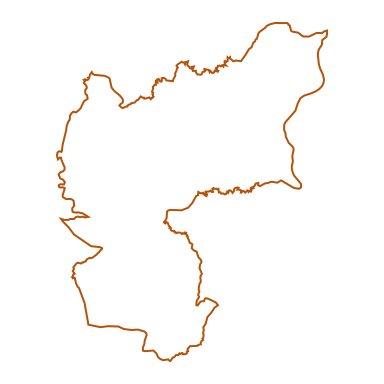 Atrato (Yuto), Chocó, Colombia (orthographic projection)
{"feature_id": "7082276B67821658402915", "entity_name": "Atrato (Yuto)", "entity_type": "district", "adm_level": 2, "iso_a3": "COL", "parent_name": "Colombia", "parent_adm1": "Chocó", "projection": "orthographic", "projection_center": [-76.61, 5.549], "detail": "fine", "context": "isolated", "style": "outline", "palette": "amber", "viewbox_px": 384, "rotation_deg": 0, "n_neighbors": 0, "source": "geoboundaries", "source_scale": "gbopen_adm2", "svg_char_len": 5833}
<svg xmlns="http://www.w3.org/2000/svg" viewBox="0 0 384 384"><path d="M218.0,305.2L215.7,302.4L208.6,298.9L206.1,298.2L205.0,298.6L204.0,301.1L200.5,301.6L197.6,305.5L196.3,305.0L196.7,300.9L199.1,297.0L198.1,294.9L199.4,291.5L198.8,290.3L198.7,288.3L199.5,284.0L200.8,281.7L200.3,276.7L201.9,273.7L199.5,268.1L200.2,264.2L201.5,262.2L201.1,260.2L198.5,257.3L196.5,251.5L194.0,250.6L191.7,248.2L192.4,244.7L191.9,243.8L189.7,242.8L188.9,240.0L187.8,238.2L187.8,236.6L186.9,236.3L187.0,235.0L186.2,234.5L186.2,232.8L185.1,232.4L184.1,233.8L183.0,233.1L181.9,234.0L180.7,232.9L178.7,232.4L176.2,233.2L175.4,231.8L174.5,232.2L174.0,230.9L171.7,230.8L170.7,229.8L170.8,228.1L169.8,228.0L170.3,227.2L169.1,226.3L167.6,222.6L166.5,222.3L165.2,223.5L164.5,223.1L164.0,222.0L165.7,220.2L166.7,217.6L167.0,211.6L168.2,210.5L170.6,209.9L181.5,210.3L188.0,207.8L192.3,203.0L196.2,196.0L198.1,195.2L198.3,192.0L201.0,193.4L203.5,192.7L203.4,193.9L204.3,193.9L204.5,195.0L206.4,196.1L207.2,194.3L206.1,193.5L205.9,191.6L208.8,191.6L210.3,190.7L211.8,192.0L213.0,191.9L212.3,188.7L213.6,188.1L214.2,188.9L216.3,188.7L217.4,189.4L218.4,188.9L218.9,192.5L220.5,192.3L221.1,193.6L223.1,193.4L224.5,194.3L226.0,194.1L227.2,191.6L228.2,192.8L229.2,190.3L230.9,190.7L232.6,192.9L234.2,190.5L233.9,189.8L234.7,188.3L236.9,187.5L238.5,187.7L237.5,189.7L239.0,189.5L241.0,190.4L240.8,192.6L241.5,192.6L242.3,191.3L243.5,190.9L245.2,192.6L247.3,190.4L248.3,191.1L248.5,191.9L249.4,190.9L250.9,191.7L251.6,190.1L250.7,189.1L250.6,188.2L251.8,187.4L252.7,188.3L253.6,188.1L253.1,187.0L254.7,185.8L255.6,183.6L258.3,182.9L258.0,185.0L259.8,186.2L265.2,183.3L267.1,183.2L271.6,181.7L277.4,182.7L281.1,180.4L294.2,188.1L299.3,188.7L300.4,188.0L301.2,186.8L300.9,183.7L294.2,175.7L292.6,172.1L291.8,168.3L291.8,165.8L292.9,161.7L292.3,156.1L293.6,149.8L293.4,148.0L291.6,145.6L288.8,143.0L285.9,136.9L285.4,132.9L284.1,130.0L284.2,124.9L285.4,122.2L295.4,110.8L297.8,103.3L300.5,98.1L304.2,95.6L311.6,93.2L315.9,91.2L319.4,88.9L322.3,85.8L323.6,82.5L324.0,79.9L323.0,74.7L320.2,68.8L318.8,63.9L317.8,54.0L318.7,49.7L321.9,44.7L322.2,40.1L326.4,36.9L327.1,33.7L327.0,30.6L324.0,31.5L322.1,33.1L316.7,32.9L309.1,36.5L304.0,36.5L302.8,36.3L298.2,32.7L292.5,31.6L291.1,30.8L289.7,25.4L288.4,24.8L288.2,23.8L287.2,23.1L274.9,23.0L269.9,24.3L266.9,25.8L264.9,28.0L259.4,32.0L258.4,33.4L256.9,38.8L255.7,39.4L254.8,41.7L253.5,42.3L251.5,47.3L248.9,49.2L245.7,54.6L241.0,61.2L235.9,60.5L233.4,61.3L230.0,58.5L230.0,57.2L228.5,58.2L227.6,57.4L227.6,61.3L226.8,61.3L225.7,62.3L225.0,61.0L224.5,61.3L224.5,62.0L225.4,62.8L224.6,64.1L225.9,65.4L223.8,65.0L223.4,66.6L222.1,65.2L220.8,66.5L219.7,65.7L218.1,65.7L217.4,67.3L216.0,68.0L216.0,68.7L217.1,68.9L217.0,70.7L218.3,71.0L217.9,71.7L214.6,70.6L214.1,72.5L212.1,73.0L210.5,71.0L209.6,72.2L208.8,69.9L204.4,69.0L204.3,69.5L205.6,70.2L205.4,70.8L204.6,71.7L202.7,71.8L201.6,74.3L200.8,74.7L197.3,74.4L195.8,72.1L195.9,70.8L192.8,70.9L192.5,69.6L193.9,66.5L191.4,66.9L191.0,68.5L189.9,68.0L187.1,64.6L188.0,61.3L185.4,62.4L185.0,64.1L184.2,62.3L183.1,62.6L181.7,61.8L177.5,64.5L176.5,65.7L177.8,67.6L177.0,68.4L176.2,71.4L175.2,73.1L175.3,75.9L173.3,79.3L172.9,81.2L166.3,80.4L165.2,78.5L163.2,77.9L161.7,78.2L161.9,80.9L161.2,81.7L160.1,81.4L159.1,79.4L158.4,79.0L157.1,79.5L157.6,82.7L157.0,82.6L156.5,80.5L155.8,80.7L155.9,84.8L154.6,84.8L152.8,87.1L153.2,88.5L152.0,91.9L153.1,92.6L152.4,94.2L153.0,94.7L152.8,96.0L153.5,96.6L152.9,97.7L151.6,98.0L150.8,99.2L149.3,97.4L144.9,98.7L144.1,98.6L144.0,97.7L142.3,97.6L140.8,96.4L138.2,99.7L136.8,100.2L134.8,102.5L131.1,103.3L130.6,104.3L128.9,104.6L127.5,105.7L127.4,106.5L125.5,106.7L123.2,108.0L121.7,107.7L119.4,105.6L120.3,104.3L122.6,102.7L123.0,100.8L122.6,98.9L119.5,95.2L114.4,91.1L111.6,87.6L109.6,78.7L108.6,77.5L104.6,75.8L94.5,74.9L92.7,73.9L91.8,72.1L89.9,74.8L89.2,77.9L88.2,77.9L88.7,78.6L88.4,79.5L87.0,80.1L85.2,79.3L83.8,79.8L85.0,81.3L84.1,82.1L84.0,83.4L85.4,84.5L86.8,86.9L86.7,88.3L85.3,89.9L85.2,92.3L85.8,94.4L87.1,95.2L87.6,98.9L83.8,101.4L80.9,107.8L79.3,109.8L76.0,112.4L73.3,111.7L71.6,113.1L70.0,115.6L69.7,119.7L68.3,121.6L66.7,125.9L66.2,130.1L62.6,144.9L61.9,151.1L61.3,151.9L59.7,151.2L58.4,151.6L57.3,152.9L57.5,153.9L56.9,155.4L57.9,159.3L59.5,157.7L61.1,157.7L61.2,159.3L64.7,167.6L64.4,169.9L62.9,171.4L60.3,172.3L58.6,174.4L60.2,178.4L63.3,179.9L64.9,182.4L63.9,184.5L60.4,184.3L59.2,184.8L58.7,185.7L58.9,186.7L60.0,187.5L63.2,187.4L64.8,188.2L62.6,195.4L62.8,197.0L66.1,199.1L70.2,198.9L72.0,199.5L73.6,200.8L74.2,205.8L72.2,208.3L72.4,211.3L73.0,212.1L76.9,212.7L78.0,212.3L82.7,213.4L88.3,216.9L84.8,217.4L83.0,216.7L79.9,217.2L77.8,216.5L76.0,217.1L73.9,219.0L70.2,219.0L68.3,219.9L64.5,219.9L61.1,218.9L63.1,221.7L68.7,227.4L74.0,234.5L91.1,246.2L99.8,247.1L102.1,248.2L101.6,249.5L100.1,250.5L99.1,252.3L98.5,252.4L96.6,254.6L91.8,258.1L89.9,257.8L87.3,259.0L86.3,260.1L85.8,261.4L83.9,261.9L83.1,262.6L82.3,262.4L81.1,263.5L78.0,262.7L76.6,263.3L73.4,267.3L74.0,269.0L72.7,271.0L74.6,273.7L73.2,274.6L72.8,276.8L72.1,277.2L73.0,278.3L74.2,277.7L74.8,278.0L76.0,283.1L77.5,286.5L79.0,288.0L84.6,303.1L88.4,324.7L100.5,327.2L107.9,326.2L118.3,326.5L123.8,329.0L131.4,330.0L137.9,329.6L144.5,331.5L146.3,333.2L146.6,335.1L144.6,341.0L144.4,343.8L142.8,347.7L143.0,350.7L145.2,351.2L153.4,350.5L156.3,353.3L158.1,357.1L159.5,358.5L163.0,360.2L168.3,359.4L169.5,360.8L170.4,361.0L172.7,357.6L174.2,357.2L176.0,355.0L178.3,355.2L179.4,353.4L180.3,354.0L181.9,353.0L182.5,353.1L183.0,354.4L185.4,354.1L186.9,353.3L186.9,351.6L188.1,351.2L187.5,349.1L190.0,346.2L196.7,345.9L197.8,345.6L198.3,344.9L200.9,344.3L200.7,342.5L201.6,341.0L203.1,339.8L202.4,338.5L203.3,337.7L203.6,334.9L203.1,332.7L203.8,330.4L203.3,327.4L205.7,323.6L207.4,317.1L211.4,312.5L214.5,307.7L218.0,305.2Z" fill="none" stroke="#b45309" stroke-width="2"/></svg>